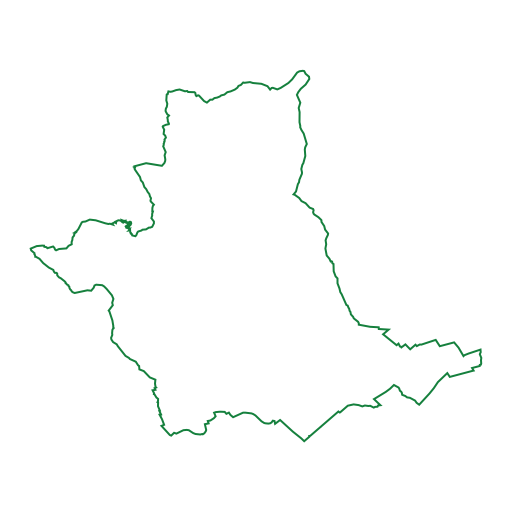 Geoagiu, Hunedoara, Romania
{"feature_id": "2599482B22315880947882", "entity_name": "Geoagiu", "entity_type": "district", "adm_level": 2, "iso_a3": "ROU", "parent_name": "Romania", "parent_adm1": "Hunedoara", "projection": "natural_earth1", "projection_center": [23.19, 45.959], "detail": "fine", "context": "isolated", "style": "outline", "palette": "green", "viewbox_px": 512, "rotation_deg": 0, "n_neighbors": 0, "source": "geoboundaries", "source_scale": "gbopen_adm2", "svg_char_len": 6004}
<svg xmlns="http://www.w3.org/2000/svg" viewBox="0 0 512 512"><path d="M202.3,434.0L202.8,434.3L204.3,433.3L205.7,431.4L206.2,430.0L204.9,424.2L208.6,423.4L207.8,421.0L210.4,420.5L213.9,418.2L215.6,416.3L214.1,412.7L215.8,412.1L220.1,411.7L224.7,411.9L226.4,413.8L228.9,412.6L230.4,414.9L233.1,417.2L243.0,412.7L245.6,412.7L251.5,413.4L253.3,414.1L255.5,415.5L261.5,421.3L264.2,423.0L265.4,423.3L268.3,423.6L270.2,423.3L271.6,422.4L272.8,420.7L274.5,421.0L275.1,423.8L280.1,420.0L292.8,431.6L301.2,438.3L304.2,441.2L309.3,436.8L309.2,436.0L310.3,435.8L338.4,411.5L339.6,412.5L340.1,412.4L347.8,405.7L353.6,404.4L358.7,405.1L362.3,406.4L364.9,405.5L368.4,406.0L370.2,405.8L373.8,407.6L375.0,406.9L377.5,406.7L378.1,405.5L380.4,405.2L374.0,399.1L385.8,391.9L390.1,388.7L393.9,385.0L398.5,387.5L399.2,388.5L399.9,390.7L401.2,391.7L401.8,392.7L402.2,394.8L405.3,396.0L407.1,397.4L409.9,397.8L415.1,400.6L416.6,402.8L419.2,404.7L429.5,393.5L433.8,388.2L437.9,382.1L447.3,373.1L449.8,376.9L473.1,370.7L473.6,370.6L472.1,368.0L479.7,366.0L479.8,364.9L480.8,364.7L481.2,363.6L481.0,360.1L481.3,357.9L479.8,354.2L480.7,352.2L480.5,349.6L468.7,353.5L464.4,355.2L463.5,356.1L458.5,347.6L454.1,342.4L439.8,346.2L435.7,339.9L421.4,344.6L419.8,344.5L416.8,346.1L415.5,344.7L410.2,349.3L405.4,344.4L401.4,347.4L400.9,346.7L400.0,346.5L398.5,343.6L396.6,345.2L383.1,334.3L388.6,329.6L378.8,329.0L378.7,327.3L370.1,326.8L358.8,324.7L358.8,323.3L358.1,321.8L353.8,318.4L353.1,316.8L350.9,314.4L350.4,311.8L349.6,310.8L349.1,308.5L348.5,307.8L347.7,305.6L346.4,305.0L341.7,294.3L340.3,292.1L339.5,288.6L337.5,283.3L337.5,278.4L335.6,276.4L333.7,271.3L333.5,264.0L332.4,263.3L332.1,261.6L331.6,261.3L330.7,261.5L329.4,258.7L326.7,255.5L325.4,248.5L326.2,244.3L325.6,240.3L326.3,238.2L327.9,234.9L328.1,233.5L325.1,229.6L324.2,226.0L321.5,222.0L321.4,220.2L321.0,219.7L318.4,217.2L314.3,214.5L313.6,213.7L313.1,212.2L313.6,210.2L313.1,209.0L309.6,207.6L305.6,203.2L301.5,201.1L299.2,198.0L294.6,194.7L293.6,194.4L296.0,191.5L297.9,184.1L299.0,182.3L299.4,179.7L301.9,173.8L302.0,172.4L301.3,169.0L302.4,164.7L303.3,163.3L305.3,156.0L304.8,149.5L305.2,147.3L306.8,144.0L303.7,133.6L301.4,129.9L300.2,127.3L300.3,126.0L299.5,122.2L299.6,112.1L298.7,108.0L300.3,102.7L296.9,94.9L298.3,92.1L300.8,88.8L305.6,84.6L309.3,79.0L309.0,76.7L305.6,73.8L304.2,71.1L302.8,70.8L299.4,71.3L297.1,72.6L292.2,79.3L288.4,83.0L280.7,87.9L277.3,89.4L272.8,87.8L271.6,88.0L270.1,89.6L267.5,86.2L261.4,83.8L252.9,83.0L250.0,82.1L244.5,82.8L243.2,82.5L240.8,85.0L238.5,85.9L237.4,87.7L234.8,89.6L230.6,91.4L227.3,92.2L224.4,94.6L221.2,95.4L219.8,96.5L217.1,97.6L214.4,98.1L212.4,99.7L210.2,99.7L206.9,102.6L204.1,101.1L199.0,95.6L198.1,95.3L196.4,96.1L195.7,95.1L195.3,92.9L194.5,92.2L188.1,92.0L187.2,91.0L185.0,91.3L179.6,89.5L176.1,90.1L172.2,91.5L170.4,91.8L168.4,91.4L167.7,94.1L167.2,94.1L166.7,94.6L166.3,100.4L167.3,103.8L166.8,106.9L165.9,108.5L165.6,110.4L165.7,111.4L167.3,114.3L169.0,115.5L167.3,117.5L167.8,120.0L167.8,121.3L168.9,123.6L168.8,124.2L165.9,124.8L163.0,126.1L162.7,126.7L164.2,129.7L163.6,134.0L165.2,135.6L165.9,137.6L164.5,139.5L164.7,141.0L164.2,141.6L164.2,142.7L163.6,143.9L163.8,144.8L163.2,146.3L165.7,152.1L164.6,155.3L165.3,159.3L165.2,160.9L164.4,163.0L161.9,165.8L146.1,163.2L134.4,166.3L134.6,167.1L134.3,167.2L135.0,167.7L134.5,168.7L135.2,170.0L140.0,177.0L140.9,180.4L142.8,182.5L144.4,187.1L146.2,189.1L147.7,192.0L149.3,194.0L150.0,196.5L151.0,198.2L150.5,200.6L150.7,201.4L153.9,204.7L152.9,205.9L152.4,207.9L152.3,211.4L152.9,211.5L152.1,214.0L152.2,215.5L151.4,218.2L153.9,221.5L153.9,223.4L152.2,226.8L150.2,227.6L148.9,227.6L146.0,229.4L142.4,229.7L141.5,230.5L138.2,231.5L137.4,232.4L136.3,235.2L135.4,236.2L132.2,235.4L131.8,234.0L130.9,233.7L130.9,232.9L130.3,232.6L130.1,230.2L129.1,230.4L129.7,229.8L129.4,229.5L129.9,228.6L128.7,228.8L128.4,228.5L128.4,227.7L127.8,227.9L127.6,227.4L126.4,227.8L125.7,226.4L126.3,225.9L126.9,226.2L127.4,225.3L128.3,227.2L129.1,226.7L129.1,225.6L130.3,225.3L131.2,223.6L131.0,222.2L130.0,221.7L129.4,221.9L129.4,223.4L129.1,224.0L128.5,224.2L127.8,223.3L125.5,222.4L126.8,222.1L125.4,221.5L125.6,220.7L123.9,220.9L122.3,220.3L122.6,220.8L123.6,221.1L123.7,221.9L123.4,222.3L123.1,221.9L122.5,222.3L120.5,220.5L118.3,220.3L115.6,221.6L116.2,222.1L116.0,223.1L114.8,222.3L112.1,223.6L112.8,224.6L109.9,223.7L108.4,224.0L105.3,223.3L95.7,220.3L89.8,219.6L85.5,221.5L82.9,221.8L81.8,222.4L78.4,229.0L75.9,232.2L75.6,231.9L75.2,232.2L75.6,232.5L74.7,232.9L75.0,233.0L74.2,234.4L74.1,235.6L72.6,237.4L72.3,240.1L71.6,242.0L71.7,244.3L68.6,245.8L66.4,248.4L59.1,249.0L56.1,250.3L55.1,249.6L54.3,247.7L53.1,246.5L47.4,248.2L46.5,247.2L44.3,246.8L44.1,245.7L42.2,245.6L36.7,246.1L30.7,248.6L31.2,250.4L34.5,253.2L34.4,254.3L35.0,255.1L35.3,256.7L35.6,256.6L39.5,258.8L43.2,263.1L48.9,267.6L53.3,269.9L53.9,271.6L55.0,272.9L56.6,272.9L57.2,273.6L57.2,275.1L57.7,275.9L59.2,277.5L60.6,278.1L64.4,281.1L65.4,282.1L65.6,283.2L66.1,283.3L66.8,284.4L68.4,285.3L68.5,286.0L69.3,286.7L69.4,287.8L70.2,289.4L71.2,290.3L71.8,291.5L73.1,292.4L74.7,293.0L87.4,290.3L91.2,290.7L93.7,287.7L94.5,285.5L96.2,284.7L102.2,285.2L104.1,286.4L106.6,288.9L111.9,295.3L113.4,298.9L112.2,302.8L112.8,305.2L108.7,310.6L109.4,311.5L112.4,320.5L113.3,326.0L113.2,327.0L113.6,327.6L113.6,328.3L113.1,328.5L112.4,329.9L112.1,333.2L112.3,334.9L111.1,337.9L111.4,339.5L113.1,342.1L116.7,344.3L117.9,346.3L125.5,355.9L128.9,357.9L129.9,359.0L135.8,361.7L138.1,365.3L139.1,366.0L139.4,369.4L143.8,371.1L149.8,377.4L155.4,379.7L155.0,383.5L155.5,386.8L156.1,387.5L154.6,388.1L155.4,389.8L152.6,390.3L154.0,393.1L153.9,394.1L154.4,394.2L156.4,397.5L158.1,398.9L158.0,401.1L157.5,402.2L158.1,402.5L158.0,406.2L159.9,410.7L159.3,410.9L161.0,414.4L160.2,414.5L160.4,415.2L159.8,415.1L162.0,419.2L164.1,424.8L161.5,425.9L169.8,435.0L171.2,435.6L174.1,432.8L176.4,433.6L183.4,430.2L186.7,429.9L188.8,430.2L193.2,433.1L195.5,434.0L200.3,434.5L202.3,434.0Z" fill="none" stroke="#15803d" stroke-width="2"/></svg>